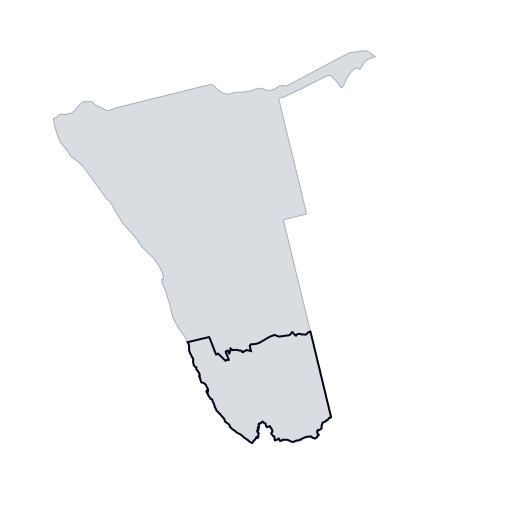 Namibia, with Karas highlighted, rotated 346°
{"feature_id": "NAM-3338", "entity_name": "Karas", "entity_type": "Region", "adm_level": 1, "iso_a3": "NAM", "parent_name": "Namibia", "parent_adm1": "", "projection": "equal_earth", "projection_center": [17.311, -26.98], "detail": "fine", "context": "in_parent", "style": "outline", "palette": "ink", "viewbox_px": 512, "rotation_deg": 346, "n_neighbors": 0, "source": "natural_earth", "source_scale": "10m", "svg_char_len": 8686}
<svg xmlns="http://www.w3.org/2000/svg" viewBox="0 0 512 512"><g transform="rotate(346 256 256)"><path d="M374.5,86.6L379.7,85.3L384.6,84.0L390.4,82.7L395.0,81.7L396.2,81.4L407.3,82.6L412.1,83.4L413.8,84.3L415.9,86.4L419.9,91.6L418.8,91.4L411.4,92.5L408.6,93.9L402.1,100.0L400.8,99.2L399.3,97.9L398.0,97.6L395.2,99.0L392.4,100.8L389.3,103.3L386.8,105.7L385.9,107.0L381.9,112.1L380.6,112.9L379.5,113.2L379.0,113.0L378.5,110.8L376.2,105.8L372.3,99.2L371.2,98.5L370.4,98.3L367.5,98.6L359.1,100.5L352.0,102.0L341.2,104.7L329.5,106.9L322.3,108.3L316.1,108.6L316.0,115.2L315.9,128.4L315.8,141.6L315.7,154.8L315.7,168.0L315.6,181.2L315.5,194.3L315.4,207.4L315.3,220.5L315.2,226.2L315.0,227.5L311.5,227.5L303.5,227.5L296.7,227.5L291.3,227.5L291.2,235.2L291.2,244.4L291.1,253.6L291.0,262.7L291.0,271.9L290.9,281.0L290.9,290.1L290.8,299.2L290.8,308.3L290.7,315.2L290.7,316.0L290.6,329.3L290.5,343.4L290.4,357.4L290.3,371.4L290.2,385.4L290.1,399.3L289.9,413.2L289.8,427.1L289.8,431.5L287.4,431.5L282.6,433.1L279.5,435.3L278.1,438.1L276.4,439.7L274.2,440.3L273.2,441.7L273.4,443.9L272.6,445.5L270.6,446.7L267.4,446.3L263.1,444.5L257.5,444.1L250.8,445.0L246.0,444.6L243.0,442.7L239.9,441.6L236.6,441.4L234.6,440.6L230.7,439.2L230.0,436.8L229.5,435.0L228.4,433.1L228.3,431.5L229.1,430.3L229.3,428.5L228.6,425.8L227.5,424.6L226.0,424.6L225.0,423.6L224.7,421.6L223.7,420.0L221.6,418.4L218.7,419.6L217.3,421.4L216.5,424.3L215.8,425.7L215.5,428.1L215.3,429.7L214.6,431.5L213.8,432.3L213.0,431.9L211.5,432.6L208.3,435.3L207.4,436.7L204.8,434.2L197.1,424.7L194.3,422.2L190.3,416.4L181.4,398.2L180.1,394.8L178.3,386.0L176.3,379.5L176.1,375.7L177.0,373.6L176.4,370.7L175.4,368.1L172.4,364.7L171.4,353.4L169.3,346.0L169.7,339.9L168.7,334.4L168.6,330.9L169.0,324.1L167.3,316.3L163.9,308.7L160.9,297.7L160.4,292.9L160.6,280.0L160.0,274.7L160.0,268.4L158.7,262.0L158.2,258.4L159.1,255.6L159.6,256.5L160.4,256.9L161.0,253.2L161.1,249.9L159.5,241.8L156.1,233.5L147.7,220.0L145.6,214.8L144.4,210.5L134.9,192.6L130.8,180.0L127.9,169.0L124.8,164.0L110.4,128.4L107.2,122.7L101.5,115.9L100.2,113.6L98.0,107.1L93.6,98.3L92.5,90.2L92.1,80.9L92.6,73.9L96.4,73.1L99.1,71.2L101.5,71.1L104.0,72.6L106.5,72.7L107.5,72.4L112.1,72.7L114.7,71.0L117.8,69.3L119.6,67.8L122.1,66.2L125.4,64.7L127.3,64.8L129.6,65.4L132.8,66.0L134.5,67.0L136.6,70.3L139.9,73.3L142.2,75.1L145.0,77.5L145.8,78.4L147.0,78.9L147.7,79.1L152.8,78.7L157.3,78.4L162.3,78.4L171.5,78.4L180.8,78.4L190.1,78.4L199.3,78.4L208.6,78.5L217.9,78.5L227.2,78.5L236.4,78.5L240.2,78.5L246.8,78.6L253.8,78.7L254.6,78.9L255.4,79.6L256.0,80.2L258.4,84.3L261.6,88.6L264.2,90.7L267.3,91.9L270.2,92.4L273.0,92.1L277.5,92.6L283.9,94.0L290.4,94.4L297.3,93.9L302.1,94.6L304.9,96.7L307.7,98.2L310.6,98.9L314.5,98.5L319.5,96.8L323.7,97.1L325.7,98.3L326.8,98.3L334.1,96.6L340.0,95.2L348.8,93.0L356.1,91.2L366.9,88.5L374.5,86.6Z" fill="#d9dde1" stroke="#a8b0b8" stroke-width="1"/><path d="M226.0,424.8L225.2,424.7L224.7,423.9L224.6,422.5L224.7,421.8L224.7,421.1L224.5,420.5L223.9,420.3L223.4,420.1L223.1,419.5L222.9,418.9L222.5,418.4L222.3,418.3L222.0,418.3L221.6,418.4L221.3,418.6L220.5,419.3L219.9,419.1L219.6,419.2L219.3,419.6L219.0,419.7L218.8,419.7L218.6,419.3L218.4,419.3L218.2,419.4L217.8,419.9L217.7,420.0L217.6,422.5L217.4,422.8L217.2,422.7L216.8,422.7L216.7,422.6L216.4,422.9L216.5,423.0L216.9,423.7L216.9,423.9L216.5,424.0L216.0,424.0L215.9,424.1L215.8,424.4L215.9,424.6L216.1,424.9L216.2,425.3L216.2,425.7L215.9,425.9L215.7,425.8L215.5,425.6L215.3,425.5L214.9,425.7L214.8,426.3L214.9,426.9L215.0,427.4L215.5,428.3L215.7,428.9L215.4,429.1L215.1,429.4L215.0,430.0L214.9,430.7L214.9,431.2L214.6,431.8L214.2,432.4L213.7,432.9L213.4,432.9L213.3,432.6L213.2,432.2L213.1,431.8L212.9,431.7L212.6,431.8L210.9,433.8L210.0,434.2L209.3,434.6L208.7,435.1L208.3,435.3L207.9,435.7L207.6,436.2L207.3,436.5L206.7,436.4L206.5,436.2L205.0,434.8L204.3,433.8L204.0,433.2L201.4,430.2L201.0,430.0L200.8,429.8L199.4,427.5L197.9,425.5L194.8,422.8L194.2,422.0L193.0,420.2L191.3,418.6L191.0,418.2L190.3,416.8L189.5,415.9L189.4,415.6L189.3,415.3L189.5,414.6L189.5,414.3L189.2,413.4L188.6,412.3L186.2,409.6L185.9,409.0L185.8,408.2L185.8,406.6L185.8,406.4L185.6,406.0L183.3,401.7L183.0,400.7L182.7,400.2L182.3,400.0L182.1,399.7L181.4,398.1L180.4,396.6L180.3,396.2L179.9,393.8L179.8,393.5L179.6,393.2L179.4,392.6L179.6,391.3L179.3,389.3L179.4,388.8L178.9,387.7L178.8,387.1L178.8,386.3L178.8,385.0L178.6,384.4L178.3,383.9L178.1,383.8L177.7,383.7L177.4,383.7L177.2,383.2L177.1,382.9L176.9,382.2L176.7,381.6L176.0,379.7L175.8,379.2L176.0,378.3L175.7,377.7L175.4,377.1L175.2,376.6L175.1,375.8L175.2,375.2L175.4,374.8L175.7,374.6L175.9,374.5L176.2,374.4L176.4,374.4L176.4,374.7L176.4,375.9L176.6,375.9L176.7,375.3L177.1,373.7L177.2,373.3L177.0,372.9L176.5,371.0L176.2,369.1L175.6,367.9L174.8,366.9L174.0,366.2L172.5,365.5L172.3,365.2L172.1,362.8L172.2,360.4L171.7,359.5L171.7,359.3L171.7,358.9L171.9,358.9L172.1,359.0L172.3,358.9L172.6,357.9L172.6,356.5L172.3,355.2L171.9,354.1L170.9,352.0L170.7,351.0L171.1,349.8L170.9,349.8L169.7,348.1L169.3,347.2L169.2,346.8L169.2,346.6L169.3,346.1L169.3,343.6L169.4,343.0L170.1,341.4L170.1,340.8L170.1,340.1L170.0,339.5L169.5,338.8L169.3,338.0L169.2,336.6L168.6,334.7L168.5,333.2L168.2,332.0L168.2,331.4L168.9,329.0L168.9,328.7L169.3,326.4L169.4,325.1L169.1,323.9L168.8,323.1L190.8,323.3L191.4,325.8L193.3,341.4L193.4,341.7L193.5,342.0L194.0,341.9L194.9,341.6L195.2,341.5L195.5,341.5L195.8,341.7L196.0,342.1L200.8,349.9L201.1,350.3L201.4,350.2L201.7,350.1L202.0,349.9L202.5,349.8L203.1,349.8L204.1,350.3L204.5,350.2L203.4,342.2L203.4,341.9L203.4,341.6L203.6,341.4L203.8,341.3L205.0,340.9L205.3,340.8L205.6,341.0L205.8,341.2L206.1,341.4L206.2,341.6L206.3,341.7L206.1,342.0L206.0,342.5L206.4,344.0L207.4,343.1L207.8,342.4L208.7,340.1L208.9,339.5L209.1,339.6L209.3,339.9L209.9,341.2L210.1,341.5L210.3,341.6L210.6,341.7L211.0,341.6L215.2,342.6L215.4,342.8L215.8,343.0L216.3,343.5L217.4,343.7L218.4,344.1L219.1,344.6L219.3,344.9L219.4,345.3L219.4,345.7L219.5,346.0L220.1,346.2L221.9,345.5L222.6,345.5L223.8,345.0L224.2,345.0L228.1,347.0L228.2,341.5L228.7,341.1L229.4,340.8L229.8,340.5L230.0,340.4L230.1,340.5L230.3,340.6L230.7,340.8L235.2,341.3L238.3,341.0L249.7,337.7L255.0,337.1L256.6,338.2L257.1,338.7L258.9,339.8L269.2,340.9L269.6,340.8L271.7,339.4L272.2,338.8L272.4,338.6L272.6,338.5L272.9,338.6L273.0,338.8L275.0,342.6L275.3,342.9L275.5,343.0L275.7,342.8L276.5,342.1L277.3,341.9L278.4,341.9L279.7,342.1L280.3,342.4L280.9,342.9L281.2,343.1L281.6,343.3L283.9,343.8L284.9,344.3L285.2,344.4L285.7,344.2L288.3,342.7L288.7,342.6L289.1,342.5L289.5,342.8L290.5,342.6L290.5,344.0L290.5,345.8L290.5,347.5L290.5,349.3L290.5,351.1L290.5,352.9L290.5,354.6L290.5,356.4L290.4,358.2L290.4,359.9L290.4,361.7L290.4,363.5L290.4,365.2L290.4,367.0L290.4,368.7L290.3,370.5L290.3,372.3L290.3,374.0L290.3,375.8L290.3,377.6L290.3,379.3L290.3,381.1L290.3,382.8L290.2,384.6L290.2,386.4L290.2,388.1L290.2,389.9L290.2,391.6L290.2,393.4L290.2,395.2L290.1,396.9L290.1,398.7L290.1,400.4L290.1,402.2L290.1,403.9L290.1,405.7L290.1,407.4L290.0,409.2L290.0,411.0L290.0,412.7L290.0,414.5L290.0,416.2L290.0,418.0L290.0,419.7L289.9,421.5L289.9,423.2L289.9,425.0L289.9,426.7L289.9,428.5L289.9,429.7L289.8,430.6L289.1,430.8L288.9,430.9L288.1,430.7L287.8,430.8L287.2,431.2L286.2,432.3L285.5,432.5L284.4,432.6L283.8,432.8L283.4,433.3L283.0,433.5L280.6,433.7L280.4,433.8L280.2,434.0L279.9,434.5L279.7,434.8L279.5,435.0L279.3,435.6L279.2,435.7L279.0,435.8L278.8,436.1L278.1,438.6L277.9,439.0L277.5,439.4L277.0,439.7L275.1,440.2L274.8,440.4L274.5,440.4L274.0,439.8L273.6,439.9L273.3,440.2L273.1,440.6L272.7,441.5L272.6,442.1L272.7,442.8L273.6,444.6L273.6,444.9L273.3,445.1L272.5,445.2L272.4,445.3L272.1,445.8L271.9,446.1L270.6,446.9L269.6,447.3L268.7,447.3L268.3,446.7L268.2,446.6L267.2,446.4L266.8,446.0L266.2,444.9L265.8,444.4L260.9,443.6L256.5,444.4L255.6,444.9L255.1,445.1L254.7,444.7L254.3,444.8L254.2,444.9L253.7,445.0L253.3,445.2L252.8,445.4L252.2,445.3L251.3,444.9L250.7,444.9L248.7,445.2L247.9,445.5L247.4,445.5L245.5,444.7L244.6,444.2L243.2,442.8L242.4,442.2L241.5,441.8L237.7,440.8L236.9,440.8L236.7,441.0L236.2,441.4L236.0,441.5L235.7,441.5L234.9,441.2L234.4,441.0L234.3,440.4L234.3,439.6L234.2,438.9L233.9,438.6L233.5,438.7L233.0,439.0L232.5,439.1L231.6,439.3L230.5,439.6L229.7,439.4L229.6,438.5L229.9,437.2L230.1,435.9L229.8,435.2L229.0,434.9L228.8,434.4L228.6,433.6L228.0,432.7L227.8,432.1L227.9,431.7L228.2,431.2L228.6,430.9L229.0,430.8L229.4,430.5L229.6,429.8L229.6,428.9L229.6,428.2L229.5,427.9L229.1,427.3L228.9,427.0L228.8,426.6L228.8,426.3L228.8,426.0L228.5,425.6L228.5,425.3L228.4,424.9L228.3,424.5L228.1,424.4L227.5,424.4L226.0,424.8Z" fill="none" stroke="#020617" stroke-width="2"/></g></svg>